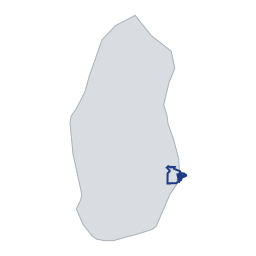 location of 92, Al Wakrah, Qatar
{"feature_id": "91078587B57954650204567", "entity_name": "92", "entity_type": "district", "adm_level": 2, "iso_a3": "QAT", "parent_name": "Qatar", "parent_adm1": "Al Wakrah", "projection": "mercator", "projection_center": [51.612, 25.031], "detail": "fine", "context": "in_parent", "style": "outline", "palette": "blue", "viewbox_px": 256, "rotation_deg": 0, "n_neighbors": 0, "source": "geoboundaries", "source_scale": "gbopen_adm2", "svg_char_len": 2112}
<svg xmlns="http://www.w3.org/2000/svg" viewBox="0 0 256 256"><path d="M135.8,234.6L124.3,237.5L113.5,240.6L104.4,240.6L97.1,239.3L92.3,236.3L83.0,224.4L76.4,209.0L80.5,200.3L81.9,194.9L73.0,154.1L70.0,122.7L71.1,116.2L76.2,108.8L84.7,92.4L89.2,76.5L101.9,39.9L115.3,25.7L135.1,15.4L151.3,35.6L171.1,51.1L174.8,68.4L169.0,82.5L163.7,104.9L166.9,115.1L168.1,124.0L173.4,138.9L178.6,158.3L179.5,171.7L176.7,184.2L169.8,194.6L156.3,226.0L152.3,229.3L135.8,234.6Z" fill="#d9dde1" stroke="#a8b0b8" stroke-width="1"/><path d="M167.5,183.5L169.8,183.5L169.8,183.2L176.5,183.2L176.9,182.6L177.4,182.2L178.1,181.9L178.6,181.8L179.0,181.9L179.0,181.3L179.3,181.2L179.6,180.6L181.0,180.1L181.0,179.7L181.4,179.0L181.6,178.0L181.6,177.8L182.3,177.5L184.8,176.4L185.7,176.0L185.9,175.9L185.9,175.7L186.0,175.6L185.9,175.5L185.7,175.5L185.7,175.4L182.4,177.0L181.6,177.4L181.2,177.6L180.4,178.1L180.0,178.3L179.7,178.3L179.7,179.1L179.0,179.1L179.2,178.9L178.9,178.8L178.8,179.7L178.7,179.7L178.3,179.7L178.3,178.2L177.4,174.4L178.5,174.1L178.7,175.0L179.2,177.1L179.7,177.0L179.7,177.3L180.3,177.1L180.8,176.9L182.0,176.2L185.3,174.5L184.7,174.0L184.1,173.6L183.3,173.4L182.2,173.2L181.0,173.3L180.9,173.5L181.8,176.0L181.7,176.0L181.7,175.9L181.6,175.7L181.3,175.3L181.3,175.2L181.2,175.2L181.0,174.9L180.9,174.7L180.7,174.4L180.6,174.1L180.5,173.9L180.4,173.9L180.5,173.9L180.4,174.1L180.6,174.3L180.6,174.5L180.9,174.9L181.0,175.0L181.2,175.3L181.3,175.6L181.5,175.8L181.7,176.1L181.4,176.2L181.4,176.3L181.4,176.5L181.1,176.4L181.0,176.2L180.9,176.1L180.8,176.3L180.7,176.3L180.7,176.2L180.8,175.6L180.6,175.6L180.6,175.8L180.4,176.3L180.4,176.5L180.3,176.4L180.5,175.8L180.6,175.7L180.4,175.4L180.3,175.5L180.2,176.2L180.2,176.3L179.9,173.9L179.8,173.4L179.8,172.8L179.8,172.2L180.0,171.9L180.0,171.6L180.2,172.6L180.3,172.9L180.3,173.3L180.3,173.0L180.3,172.6L180.2,172.5L180.2,172.1L180.2,171.8L180.1,171.6L179.9,171.2L173.9,168.7L174.8,167.0L173.2,167.0L171.2,166.9L171.2,167.4L170.3,167.4L168.3,166.2L166.8,167.6L169.6,170.4L169.7,171.3L167.6,173.3L167.5,183.5Z" fill="none" stroke="#1e3a8a" stroke-width="2"/></svg>